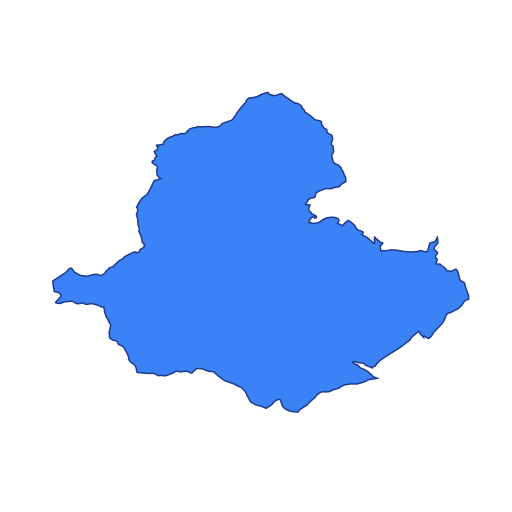 Provita De Jos, Prahova, Romania (Natural Earth projection), rotated 352°
{"feature_id": "2599482B19727908456593", "entity_name": "Provita De Jos", "entity_type": "district", "adm_level": 2, "iso_a3": "ROU", "parent_name": "Romania", "parent_adm1": "Prahova", "projection": "natural_earth1", "projection_center": [25.674, 45.11], "detail": "fine", "context": "isolated", "style": "filled", "palette": "blue", "viewbox_px": 512, "rotation_deg": 352, "n_neighbors": 0, "source": "geoboundaries", "source_scale": "gbopen_adm2", "svg_char_len": 6112}
<svg xmlns="http://www.w3.org/2000/svg" viewBox="0 0 512 512"><g transform="rotate(352 256 256)"><path d="M275.9,416.4L277.8,414.4L286.1,410.4L290.0,407.3L295.0,404.1L296.5,402.4L297.4,401.7L300.8,400.1L303.2,399.7L306.0,400.3L309.8,400.5L313.9,399.2L319.5,398.5L322.1,397.1L325.9,395.9L331.6,395.8L338.1,396.8L344.7,395.9L350.4,394.2L358.9,393.9L355.2,391.8L353.9,389.8L350.4,385.7L345.8,382.4L343.7,381.3L341.5,378.2L340.5,377.4L338.9,376.8L336.9,374.8L337.5,374.2L339.8,374.6L342.2,375.6L348.2,377.5L348.7,378.5L349.8,379.6L355.7,383.1L355.9,382.7L356.4,382.1L358.9,381.5L360.4,379.7L363.9,376.9L370.9,373.4L386.0,366.6L396.4,360.8L397.8,359.4L397.9,358.7L406.7,353.1L407.9,356.2L410.6,359.9L410.6,358.9L411.6,358.7L414.5,361.3L416.0,361.6L417.2,360.5L418.4,359.9L421.6,356.1L430.5,349.1L432.4,347.1L435.0,343.3L436.2,340.6L437.4,340.0L438.5,339.0L439.7,339.3L441.0,339.0L447.6,336.7L450.0,335.6L452.5,333.7L456.2,329.7L458.4,328.8L460.6,328.3L460.9,326.3L460.9,324.2L459.4,317.5L458.7,311.8L458.1,310.9L455.7,309.3L454.6,307.8L454.1,304.2L454.2,302.8L453.2,298.3L452.6,297.1L451.5,296.9L448.0,298.3L443.3,297.3L442.7,296.8L441.3,293.9L438.6,291.6L437.4,289.9L437.0,289.6L434.3,289.3L433.5,288.6L433.6,287.3L435.0,284.9L435.0,284.4L433.7,282.3L433.7,281.5L434.1,280.5L436.0,278.9L436.1,278.0L435.6,276.9L433.5,274.5L433.2,273.2L433.9,272.0L437.9,268.4L438.3,264.5L438.1,262.8L436.2,265.6L434.9,266.6L430.0,267.5L428.9,269.4L427.8,272.5L426.5,275.0L425.3,275.5L422.8,274.9L419.7,273.5L418.4,273.6L417.5,274.1L410.3,273.6L404.2,272.4L396.2,269.8L390.0,268.6L385.3,268.9L382.1,268.4L380.3,267.9L380.3,264.1L380.8,263.1L383.0,261.5L383.2,260.4L381.0,259.8L379.7,257.8L377.6,256.0L376.9,254.6L376.1,253.9L375.4,256.6L375.4,259.8L374.9,260.0L374.4,259.8L369.0,253.5L367.4,252.2L363.6,249.8L365.4,248.0L365.3,247.2L363.7,245.9L362.0,245.3L360.3,244.1L359.1,242.3L357.7,239.0L354.2,235.1L352.2,233.6L348.1,236.0L346.2,238.0L341.2,235.0L341.1,234.8L343.1,232.7L343.1,231.6L342.2,230.1L339.3,228.7L335.8,228.1L331.4,228.1L328.4,228.8L323.3,231.5L318.0,231.9L316.1,231.3L315.0,230.5L313.5,230.5L313.0,230.0L313.6,228.6L314.6,227.5L315.9,226.1L317.4,225.1L318.9,225.5L319.4,226.7L320.1,226.3L321.0,226.5L321.4,225.5L320.8,224.6L319.5,223.5L317.2,222.2L316.5,220.5L315.8,220.2L314.8,217.9L314.7,217.0L315.1,215.8L316.6,213.0L312.2,211.9L312.2,211.4L314.8,209.0L315.1,208.0L315.5,207.5L316.6,207.2L318.1,206.2L320.9,206.4L322.4,206.0L324.3,201.9L327.2,200.6L334.4,198.9L339.2,199.8L342.7,199.2L347.5,199.0L348.5,198.7L349.4,197.7L351.5,196.4L355.4,194.8L355.6,190.4L355.3,189.4L354.4,187.4L354.4,186.0L353.8,184.3L352.6,182.2L352.6,180.6L350.1,177.3L346.9,175.5L345.7,173.9L344.8,167.6L345.1,166.8L347.4,163.5L347.4,161.1L347.7,158.1L346.2,156.5L345.9,155.7L348.1,151.1L348.2,149.8L347.7,146.6L345.9,145.7L344.3,144.3L343.5,142.7L343.7,141.2L343.6,140.5L341.2,138.8L339.6,135.5L339.3,134.4L339.5,132.4L339.3,131.9L338.1,131.0L333.8,129.5L332.7,128.6L330.2,125.4L324.6,120.4L323.9,117.8L321.9,115.4L322.2,114.9L322.1,114.2L319.9,111.7L317.8,110.4L316.2,109.9L316.0,110.3L315.0,109.6L313.7,108.0L313.4,108.0L310.5,105.3L309.9,104.4L308.7,103.8L308.6,103.3L307.5,102.7L303.9,98.8L303.3,98.6L299.5,99.6L296.3,99.8L291.7,97.7L290.7,95.8L290.1,95.6L283.7,96.7L279.9,98.2L275.3,98.7L271.2,98.5L268.6,100.1L267.1,102.5L262.3,106.4L257.2,111.4L255.3,114.0L253.8,115.3L251.8,117.6L250.6,118.2L241.6,120.0L240.2,120.7L239.0,121.7L238.8,122.2L237.8,122.8L232.8,122.8L227.7,121.3L217.6,120.2L216.5,119.7L214.1,120.5L211.4,120.3L207.9,121.0L206.2,122.5L205.0,122.8L204.9,123.2L205.1,123.7L204.8,124.1L202.2,124.9L198.6,124.3L197.4,124.5L195.2,125.3L193.5,124.6L192.7,124.6L192.1,125.1L190.8,125.4L190.3,126.0L187.1,126.4L184.8,127.2L181.3,129.4L180.7,130.3L179.8,132.4L175.6,132.4L174.7,132.7L173.3,132.3L172.8,132.8L173.2,133.6L173.9,134.1L173.9,134.5L173.1,136.6L171.7,137.6L169.8,138.4L170.3,139.4L170.4,140.4L171.7,142.8L171.7,143.5L170.4,144.0L169.8,144.6L168.9,147.0L166.8,147.5L166.1,148.8L166.4,149.4L167.3,150.4L170.1,152.5L170.5,153.2L170.7,153.9L170.6,155.2L169.7,156.8L169.4,162.3L170.8,164.4L172.4,166.1L165.6,167.3L161.3,173.8L157.0,179.5L155.9,180.3L151.0,182.9L146.5,188.2L144.5,191.2L145.2,192.2L145.2,195.2L143.7,197.3L143.4,198.7L144.0,203.5L143.7,205.5L143.6,208.7L143.9,210.8L144.4,212.6L143.4,215.2L144.9,220.2L145.3,224.5L145.1,225.4L145.1,226.3L146.6,228.5L147.1,229.8L146.1,231.8L142.1,233.4L141.3,235.4L140.1,236.1L138.6,236.0L136.9,235.2L135.4,235.1L126.1,238.2L123.2,240.5L120.4,241.3L115.2,244.8L113.3,246.6L111.9,247.0L109.9,247.1L108.9,247.5L107.8,248.6L105.4,250.1L104.1,251.9L100.3,253.7L98.9,253.7L96.4,252.1L93.6,251.7L85.6,252.5L80.6,251.2L78.3,250.0L74.4,247.0L73.4,245.8L72.1,243.1L71.5,242.5L70.8,242.2L69.1,242.7L65.3,245.9L51.2,252.5L51.1,258.0L51.3,262.9L51.4,263.2L54.7,264.4L56.0,265.2L56.7,266.2L57.5,268.0L57.1,268.8L56.0,269.9L51.6,273.5L51.2,274.0L51.4,274.6L53.3,275.3L55.6,275.7L60.6,274.7L67.4,275.2L69.0,276.0L71.5,278.1L73.1,278.5L78.2,278.5L78.7,278.7L80.0,279.8L81.4,280.3L86.4,280.3L88.5,280.9L93.8,283.4L95.8,284.9L97.9,285.2L98.2,285.6L98.3,290.2L99.2,295.2L102.4,303.7L102.2,305.2L101.0,308.6L100.0,310.7L99.9,313.6L99.6,315.2L99.7,316.4L100.4,317.6L102.2,319.2L105.1,320.3L106.8,321.2L107.2,323.6L107.6,324.3L108.3,325.0L110.9,326.3L112.0,327.6L113.2,330.0L115.2,335.8L115.8,338.4L115.4,340.0L115.8,341.3L117.5,344.1L120.4,346.7L121.3,348.0L121.7,350.1L121.9,353.5L122.1,354.8L133.8,357.5L137.5,357.7L140.1,358.9L142.6,361.0L145.0,360.9L148.7,361.9L150.9,361.9L155.5,360.7L157.0,360.6L160.6,359.0L161.7,359.0L165.1,360.3L169.4,360.2L171.6,360.5L175.5,362.9L176.5,362.8L180.6,359.7L181.9,359.4L183.5,359.4L187.8,360.6L193.2,363.7L196.4,364.3L198.4,365.2L201.9,369.5L207.6,375.1L217.2,380.1L220.1,382.4L223.7,384.5L224.7,386.4L226.1,387.9L226.9,389.7L227.6,392.5L228.4,394.2L229.9,398.8L231.6,401.0L233.5,402.0L235.1,403.4L240.4,405.6L244.4,408.0L245.2,408.2L250.7,405.5L254.0,402.7L255.7,401.8L257.5,401.3L259.6,401.4L260.4,402.0L260.4,403.4L261.3,408.5L262.9,410.6L264.7,412.4L268.4,414.5L270.4,415.2L275.9,416.4Z" fill="#3b82f6" stroke="#1e3a8a" stroke-width="1.5"/></g></svg>